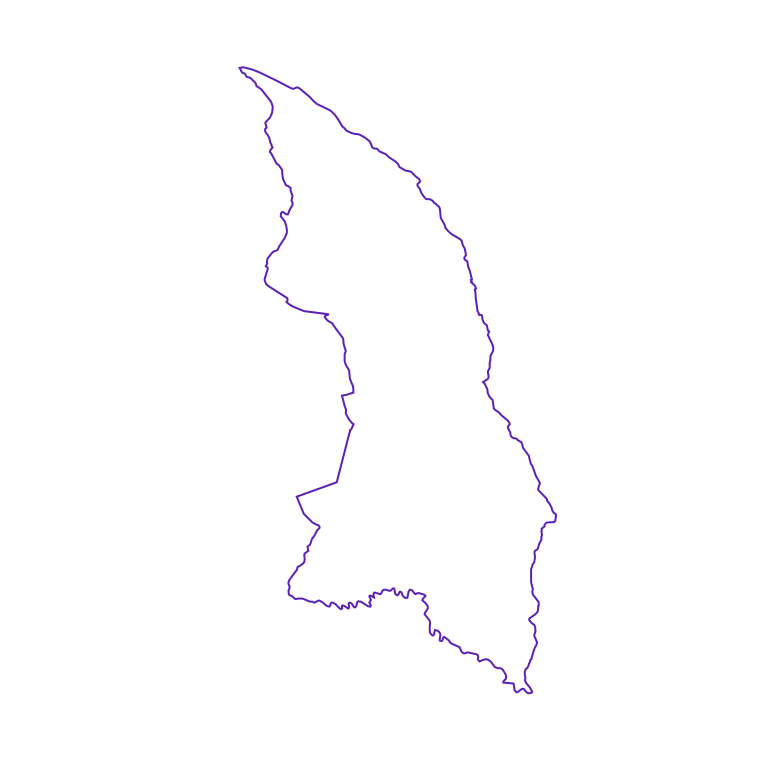 the district of Cachipay, Cundinamarca, Colombia, rotated 295°
{"feature_id": "7082276B14405151450824", "entity_name": "Cachipay", "entity_type": "district", "adm_level": 2, "iso_a3": "COL", "parent_name": "Colombia", "parent_adm1": "Cundinamarca", "projection": "robinson", "projection_center": [-74.459, 4.728], "detail": "fine", "context": "isolated", "style": "outline", "palette": "violet", "viewbox_px": 768, "rotation_deg": 295, "n_neighbors": 0, "source": "geoboundaries", "source_scale": "gbopen_adm2", "svg_char_len": 6166}
<svg xmlns="http://www.w3.org/2000/svg" viewBox="0 0 768 768"><g transform="rotate(295 384 384)"><path d="M472.3,457.4L476.1,457.1L476.2,455.9L477.0,455.1L480.6,452.4L481.6,448.7L483.9,446.2L487.5,443.8L487.7,442.9L486.8,441.1L487.0,440.5L488.4,439.8L489.4,438.1L499.9,431.3L505.7,428.1L508.1,426.3L509.5,427.1L511.7,424.5L513.0,420.3L513.3,420.7L515.1,418.8L515.8,419.6L522.7,414.0L526.2,410.5L530.3,407.7L530.9,404.5L531.6,403.8L533.1,403.4L535.5,403.8L536.1,403.4L540.8,400.0L543.0,396.9L546.7,393.7L547.4,391.7L548.4,381.8L549.8,377.2L551.6,373.5L553.7,371.9L558.6,365.2L565.9,360.9L567.6,359.5L569.2,354.7L569.2,353.4L570.7,350.3L570.8,347.3L569.4,344.1L570.7,340.8L573.1,337.0L576.1,333.8L577.6,330.9L578.4,330.2L579.2,329.9L581.7,330.9L582.8,331.0L584.5,329.5L585.7,324.4L587.7,319.3L587.6,317.4L586.5,313.1L587.1,306.5L589.4,303.5L590.0,301.8L590.6,299.8L591.6,292.6L593.0,288.6L592.9,281.4L594.3,278.4L593.4,276.0L593.3,273.7L597.7,268.9L599.3,262.4L599.7,256.8L599.4,254.5L598.6,252.7L597.7,248.6L597.8,242.9L599.3,239.5L599.8,237.3L603.6,231.9L607.2,225.8L609.2,220.0L609.4,205.2L610.2,201.8L612.9,194.9L616.1,182.9L616.3,181.2L616.0,179.7L613.1,177.0L612.8,174.7L613.5,158.3L613.8,139.7L613.5,134.0L613.1,130.2L611.6,122.7L609.5,119.5L606.3,123.7L606.5,126.7L604.3,129.8L604.9,132.8L604.6,134.6L602.5,140.4L600.1,142.6L599.4,147.8L592.5,161.6L590.8,163.7L588.3,166.0L582.8,167.9L577.4,168.1L571.1,166.0L570.2,166.3L566.7,169.3L565.2,168.5L563.3,169.1L562.0,170.6L560.5,173.4L558.5,176.1L554.4,179.3L553.6,180.8L552.3,181.4L551.2,183.1L548.2,182.2L546.1,182.4L545.3,184.4L538.7,193.0L538.2,194.1L537.8,196.4L535.0,201.1L529.5,204.2L526.9,206.1L522.7,211.1L522.8,213.2L522.2,216.6L520.1,217.3L515.7,221.6L511.1,222.7L509.7,224.5L507.6,225.4L502.3,224.9L497.2,225.2L496.6,224.3L496.6,223.4L497.2,219.8L496.5,218.7L495.5,218.5L492.3,219.5L490.6,223.4L489.1,225.7L485.6,228.8L482.4,231.0L480.1,232.0L478.6,232.2L474.6,232.3L464.9,230.9L460.5,230.9L456.8,227.5L448.5,225.4L444.8,226.3L443.8,227.3L440.8,227.1L440.4,229.2L439.1,230.0L428.6,231.5L427.6,232.0L424.7,235.0L423.9,237.8L421.0,259.5L420.8,260.2L419.1,261.2L417.6,261.3L417.2,261.0L416.3,263.6L415.7,268.6L416.2,280.6L423.6,303.7L423.1,304.0L421.3,302.0L419.6,302.0L417.6,306.1L417.2,311.3L413.8,316.9L408.4,327.1L407.0,328.4L403.3,330.4L397.8,335.4L394.2,335.8L388.2,338.6L385.2,341.3L381.6,346.6L374.2,351.0L368.4,357.3L363.3,359.9L358.0,354.2L355.7,350.8L346.9,358.1L344.9,360.3L342.0,361.4L340.3,362.7L336.5,368.2L335.0,371.8L334.8,373.4L329.1,373.5L327.6,372.6L326.3,373.4L324.7,373.4L275.0,382.7L245.0,352.5L232.5,366.1L228.2,377.8L228.0,381.7L228.2,384.7L227.1,386.1L226.2,386.4L223.1,385.2L216.9,385.0L213.2,384.2L207.2,384.9L204.2,383.4L200.9,385.9L196.8,383.7L195.3,384.0L191.7,386.2L189.0,386.9L187.5,386.7L184.5,385.2L181.6,383.0L179.0,383.6L166.5,381.0L163.6,381.3L162.4,382.0L160.4,384.1L158.0,384.8L156.6,384.7L153.2,386.6L152.8,387.4L152.8,390.8L151.7,393.8L151.8,394.8L153.5,397.3L155.1,401.0L155.5,409.0L156.4,411.1L156.4,413.3L160.1,416.3L160.4,417.0L160.1,421.0L158.8,425.1L158.9,427.9L159.3,428.6L160.4,429.0L161.7,428.4L163.2,428.6L163.8,429.0L164.2,429.9L164.1,432.8L162.2,437.7L161.7,440.1L162.9,440.9L164.9,439.7L165.8,440.1L166.1,442.0L165.4,446.1L165.6,446.8L167.1,446.7L170.0,444.7L170.8,444.8L171.4,445.6L171.4,447.5L169.5,450.3L169.1,451.3L169.3,452.2L171.1,452.7L175.2,451.9L176.3,452.6L176.9,455.0L175.8,463.7L176.5,465.7L177.6,465.7L179.8,463.0L182.8,463.5L184.8,461.0L185.9,460.4L186.5,461.6L186.3,465.2L189.1,463.3L190.5,463.2L191.1,463.8L191.9,469.4L192.3,469.8L195.9,470.0L197.4,470.7L198.3,472.5L198.9,476.5L199.6,477.4L202.3,478.4L203.0,479.2L202.3,480.4L198.9,482.5L198.1,484.3L198.2,485.5L199.1,486.0L202.3,486.0L202.6,486.3L202.6,487.7L200.0,490.5L199.5,491.5L199.2,493.9L200.2,495.5L206.3,494.0L208.3,494.3L208.8,495.0L208.8,496.8L207.0,500.4L206.9,501.3L208.2,502.3L209.3,504.1L210.1,510.0L209.3,511.2L205.8,510.0L204.2,510.1L202.9,514.3L201.8,516.6L200.8,517.7L199.5,518.4L197.8,518.5L193.9,517.8L192.5,518.1L189.3,524.7L188.3,525.8L187.2,526.6L181.5,528.8L178.8,530.3L177.6,531.5L176.9,533.0L176.7,534.4L177.1,535.0L178.1,535.1L182.6,534.2L183.1,537.1L182.7,538.5L181.6,540.3L180.5,541.1L175.5,542.6L175.1,543.2L175.3,544.6L175.9,545.3L179.1,544.8L179.7,544.9L180.2,545.5L179.2,550.6L177.3,554.0L177.4,563.7L174.6,566.9L173.8,568.3L173.6,570.4L175.9,572.9L176.4,574.1L178.2,582.6L177.6,583.9L176.5,584.7L174.1,585.4L172.9,587.7L176.1,590.7L177.9,593.2L178.0,595.7L177.5,598.1L174.3,604.2L174.5,607.3L175.4,608.9L175.6,611.6L173.9,614.5L171.7,617.5L169.6,618.7L168.4,619.0L165.0,617.9L163.8,618.4L167.2,627.6L166.7,628.5L161.8,631.7L160.6,634.1L161.0,635.2L165.7,637.7L166.5,638.6L166.6,639.7L165.1,642.9L164.7,644.6L165.0,646.4L167.1,648.5L167.8,648.3L170.7,644.3L173.2,638.9L175.3,636.8L177.0,636.6L180.9,633.9L183.6,633.0L185.8,633.0L187.2,633.9L190.1,634.0L191.6,633.5L193.9,633.8L195.8,633.2L196.9,633.8L203.3,632.7L208.3,632.1L211.9,632.4L214.6,631.8L219.5,626.4L224.1,625.7L227.5,623.8L229.1,622.1L229.8,618.8L231.4,615.4L232.9,614.8L238.9,618.3L241.7,619.3L242.9,619.4L247.0,618.2L247.7,617.6L248.9,617.8L251.8,616.2L256.0,608.1L258.2,606.2L260.8,605.7L266.5,601.1L278.0,595.7L283.6,595.0L286.1,595.4L290.5,594.2L295.3,591.4L296.8,591.4L299.0,593.0L305.3,592.2L309.7,592.4L312.0,591.2L313.9,591.1L316.6,589.1L318.2,588.8L319.5,588.0L322.7,589.7L324.2,589.0L326.8,589.7L327.8,591.0L330.8,596.7L332.3,597.0L334.0,596.6L338.2,595.2L338.9,593.5L339.0,592.3L340.5,589.9L342.7,588.2L345.6,584.4L347.1,581.1L348.2,580.5L349.1,579.2L352.5,569.9L353.3,568.6L354.4,567.9L360.1,567.2L365.0,560.4L372.2,553.3L373.8,550.7L380.3,545.4L384.8,537.0L387.3,535.1L389.3,533.1L389.7,528.8L390.3,527.9L390.4,526.6L389.7,524.8L389.8,522.8L390.3,521.4L391.0,520.4L393.6,518.8L396.4,515.0L398.0,514.3L400.7,515.0L401.6,514.1L403.1,511.9L405.5,502.9L406.7,500.6L407.7,495.0L408.5,493.7L415.3,489.3L417.2,484.8L419.6,481.9L423.0,479.8L426.6,475.4L427.7,472.9L432.3,475.9L433.9,475.9L435.0,475.7L438.2,473.4L439.6,472.8L443.3,473.0L447.9,470.8L449.7,470.6L454.5,468.6L459.6,468.9L462.7,468.0L465.4,465.8L472.3,457.4Z" fill="none" stroke="#5b21b6" stroke-width="2"/></g></svg>